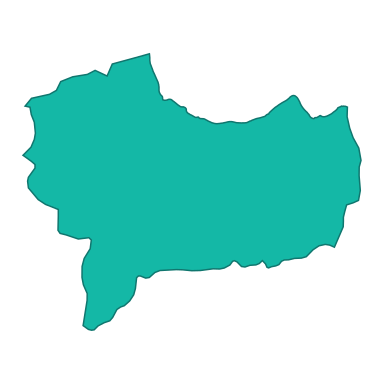 Martuni, Gegharkunik, Armenia (Robinson projection)
{"feature_id": "60910142B24861736009361", "entity_name": "Martuni", "entity_type": "district", "adm_level": 2, "iso_a3": "ARM", "parent_name": "Armenia", "parent_adm1": "Gegharkunik", "projection": "robinson", "projection_center": [45.353, 40.06], "detail": "fine", "context": "isolated", "style": "filled", "palette": "teal", "viewbox_px": 384, "rotation_deg": 0, "n_neighbors": 0, "source": "geoboundaries", "source_scale": "gbopen_adm2", "svg_char_len": 5853}
<svg xmlns="http://www.w3.org/2000/svg" viewBox="0 0 384 384"><path d="M31.3,114.6L34.3,122.2L35.4,133.2L34.3,139.5L31.0,147.2L23.0,155.3L31.2,161.2L35.0,164.5L35.0,168.1L28.4,177.3L27.6,181.1L28.4,187.9L38.2,199.6L45.5,204.4L58.3,209.5L58.3,216.1L58.0,230.3L60.1,233.4L66.1,234.9L78.3,239.0L88.9,237.7L91.3,240.0L90.2,248.7L84.2,258.4L82.1,266.4L82.0,277.4L83.4,284.8L87.2,293.5L87.1,300.4L83.1,325.6L88.4,329.4L91.5,330.2L94.2,329.8L98.2,325.8L104.2,322.7L109.8,320.8L112.7,317.4L116.9,309.5L120.6,307.0L124.3,305.7L129.7,300.9L133.7,294.8L135.4,288.6L136.6,277.7L138.4,276.0L140.4,276.0L145.7,278.1L149.3,277.5L154.9,272.5L160.0,270.5L176.4,269.6L182.5,269.8L191.8,270.7L200.3,270.5L213.2,268.8L219.6,269.0L224.3,268.0L229.9,265.0L232.6,261.3L234.4,260.7L237.0,261.9L241.5,266.5L245.0,267.0L249.9,265.3L255.9,264.9L259.3,263.5L262.4,260.6L265.5,263.9L267.0,267.3L268.6,267.9L271.5,266.7L275.7,265.9L278.9,264.6L281.5,261.3L284.2,260.0L288.7,259.8L294.5,258.4L301.4,258.1L306.3,256.7L313.0,249.8L319.0,245.8L325.3,244.4L329.7,245.1L334.4,247.2L343.2,226.8L343.4,221.3L343.4,217.2L344.8,211.4L346.6,204.9L353.2,202.8L358.5,200.4L360.3,190.5L359.1,175.7L359.2,167.0L361.0,160.4L358.8,148.1L353.1,137.7L349.7,128.2L347.1,116.7L347.4,107.1L346.3,106.6L345.9,106.5L345.3,106.3L345.0,106.2L344.7,106.2L344.3,106.3L344.1,106.3L343.9,106.3L343.7,106.3L343.4,106.1L343.2,106.1L342.9,106.2L342.7,106.2L342.6,106.3L342.4,106.4L342.2,106.4L341.6,106.1L341.4,106.1L341.2,106.2L340.9,106.5L340.4,106.8L339.9,106.9L338.5,107.5L338.1,107.7L337.8,107.9L337.7,108.1L337.3,108.8L337.0,109.2L336.7,109.5L336.3,110.0L335.7,110.4L335.2,110.9L334.6,111.3L333.4,112.2L332.8,112.7L332.1,113.3L331.4,113.8L330.7,114.2L328.2,115.5L327.3,115.9L326.6,116.2L325.9,116.4L324.7,116.7L324.1,116.8L323.5,116.8L323.1,116.7L322.4,116.6L321.9,116.5L321.3,116.2L321.1,116.1L320.9,115.8L320.8,115.7L320.3,115.6L319.9,115.7L319.5,115.9L318.9,116.4L318.1,116.8L317.3,117.3L316.9,117.5L316.5,117.6L316.2,117.6L315.6,117.6L315.3,117.6L315.1,117.6L314.9,117.7L314.7,117.9L314.5,118.1L314.4,118.3L314.2,118.4L314.0,118.5L313.7,118.6L313.1,118.5L312.7,118.4L312.4,118.3L312.0,118.1L311.5,117.9L311.1,117.6L310.6,117.2L310.2,116.8L310.0,116.5L309.8,116.2L309.6,115.9L309.4,115.6L309.3,115.2L308.9,114.6L308.8,114.4L308.5,114.2L308.3,113.9L308.0,113.6L307.5,112.9L307.3,112.6L306.6,111.9L306.2,111.6L305.7,111.1L305.3,110.6L304.8,110.2L303.7,108.9L303.2,108.3L302.2,106.9L301.9,106.5L301.6,106.0L301.0,105.0L300.7,104.3L300.4,103.8L300.0,102.8L299.8,102.2L299.5,101.6L299.0,100.7L298.5,99.7L297.9,98.7L297.3,97.8L296.6,97.1L295.9,96.5L295.1,95.9L294.6,95.7L294.2,95.6L293.9,95.6L293.5,95.5L293.1,95.6L292.8,95.6L292.4,95.7L292.0,95.9L291.5,96.1L291.1,96.4L290.7,96.7L290.3,96.9L289.9,97.3L289.2,98.1L288.1,99.0L286.9,100.0L285.5,100.9L284.9,101.2L282.0,102.8L281.1,103.4L279.0,104.7L277.8,105.6L276.3,106.7L275.7,107.0L275.2,107.4L274.7,107.8L273.2,109.1L272.2,110.0L271.4,110.7L270.7,111.4L269.7,112.3L269.4,112.6L269.1,113.1L268.9,113.5L268.8,113.8L268.6,114.0L268.4,114.1L268.2,114.1L267.6,114.2L267.3,114.4L266.4,114.9L266.1,115.3L265.7,115.6L265.3,116.0L264.9,116.3L264.4,116.5L263.8,116.7L263.3,116.8L261.8,117.3L260.8,117.6L259.8,117.9L257.3,118.4L256.5,118.6L255.9,118.8L253.5,119.7L252.1,120.2L251.7,120.4L251.4,120.6L251.2,120.7L251.1,120.8L250.8,120.9L250.5,121.0L250.2,121.0L249.9,121.1L249.7,121.2L249.2,121.5L247.9,122.1L246.8,122.6L246.2,122.7L245.4,122.8L244.5,122.9L243.7,122.9L242.4,122.9L241.1,123.0L240.5,122.9L240.0,122.9L238.0,122.8L237.6,122.8L236.9,122.7L236.5,122.7L236.0,122.6L234.9,122.3L233.2,121.9L232.7,121.8L232.1,121.7L231.4,121.6L230.2,121.6L229.5,121.6L228.9,121.7L228.4,121.8L227.2,122.0L226.6,122.2L225.9,122.4L225.2,122.5L223.8,122.8L222.5,123.1L220.6,123.3L219.4,123.5L218.0,123.6L217.4,123.7L216.7,123.7L216.2,123.7L215.6,123.6L214.9,123.5L214.3,123.4L213.8,123.3L213.0,123.0L212.4,122.9L211.8,122.7L211.3,122.5L210.8,122.2L209.7,121.7L209.2,121.5L208.1,121.0L207.5,120.6L206.5,120.1L204.9,119.2L204.2,118.9L203.7,118.8L203.1,118.7L202.1,118.7L201.2,118.6L200.2,118.5L199.8,118.4L199.5,118.3L199.3,118.1L199.0,117.8L198.6,117.3L198.4,117.1L198.2,117.1L197.7,117.1L197.4,117.2L196.9,117.3L196.2,117.4L195.8,117.4L195.3,117.3L194.6,117.0L193.8,116.5L193.3,116.2L192.8,115.9L191.2,115.0L190.2,114.6L189.7,114.3L188.9,113.7L188.4,113.5L187.9,113.1L187.5,112.8L186.8,111.9L186.6,111.6L186.5,111.3L186.4,111.0L186.3,110.4L186.3,109.5L186.2,109.1L186.1,108.7L185.9,108.4L185.6,108.1L185.3,107.8L185.1,107.6L184.8,107.5L184.3,107.2L183.9,107.1L183.6,106.9L183.2,106.9L181.8,106.9L181.4,106.8L181.0,106.8L180.7,106.7L180.3,106.5L179.8,106.2L179.5,106.0L179.0,105.6L178.4,105.2L177.9,104.9L176.4,103.6L175.8,103.1L174.4,102.0L173.8,101.5L173.2,101.1L172.5,100.6L172.1,100.2L171.6,99.8L171.2,99.6L170.8,99.4L170.5,99.4L170.0,99.3L169.5,99.3L169.0,99.3L168.1,99.5L167.4,99.9L167.0,100.0L166.0,100.2L165.0,100.3L164.8,100.3L164.5,100.3L164.2,100.2L163.9,100.1L163.4,100.0L163.1,100.0L163.0,99.9L162.9,99.7L162.7,99.3L162.7,99.1L162.6,98.8L162.6,98.3L162.6,97.9L162.5,97.5L162.5,97.2L162.4,96.7L162.2,96.4L162.1,96.2L161.9,96.0L161.4,95.5L161.0,95.1L160.7,94.8L160.0,93.7L159.8,93.3L159.6,92.8L159.4,92.4L159.3,92.1L159.2,91.8L159.1,91.0L159.0,90.6L159.0,90.0L159.0,88.7L159.0,87.0L158.7,85.2L158.7,84.8L158.6,84.3L158.3,83.4L158.1,82.5L157.8,81.7L157.4,80.9L157.2,80.4L156.9,79.7L156.6,79.1L156.3,78.4L156.0,77.7L155.4,76.3L155.0,75.5L154.8,74.9L154.5,74.3L154.2,73.6L153.9,73.0L153.6,72.4L153.0,71.1L152.7,70.0L152.4,69.2L152.1,68.4L151.8,67.7L151.2,66.0L150.4,64.0L150.2,63.2L150.1,62.6L150.0,61.9L149.9,61.0L149.8,60.6L149.8,60.2L149.8,59.2L149.8,57.7L149.5,54.5L149.4,53.8L132.9,58.4L112.3,64.0L107.1,76.0L95.1,70.4L87.4,74.4L72.7,76.8L60.7,81.6L56.4,90.4L49.5,94.3L31.5,98.3L25.1,106.1L30.0,107.2L31.3,114.6Z" fill="#14b8a6" stroke="#0f766e" stroke-width="1.5"/></svg>